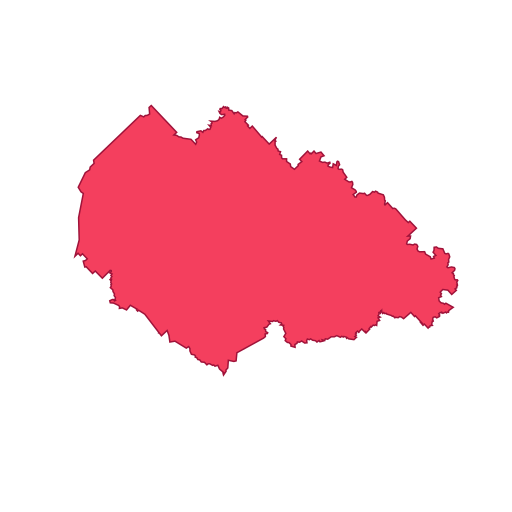 the district of Dubbo, New South Wales, Australia, rotated 308°
{"feature_id": "25037944B69125352721348", "entity_name": "Dubbo", "entity_type": "district", "adm_level": 2, "iso_a3": "AUS", "parent_name": "Australia", "parent_adm1": "New South Wales", "projection": "orthographic", "projection_center": [148.966, -32.475], "detail": "fine", "context": "isolated", "style": "filled", "palette": "rose", "viewbox_px": 512, "rotation_deg": 308, "n_neighbors": 0, "source": "geoboundaries", "source_scale": "gbopen_adm2", "svg_char_len": 6143}
<svg xmlns="http://www.w3.org/2000/svg" viewBox="0 0 512 512"><g transform="rotate(308 256 256)"><path d="M363.6,422.5L363.5,420.9L367.0,421.3L368.5,420.6L369.0,419.4L367.7,416.8L364.9,414.5L364.9,413.1L367.4,412.8L368.6,411.4L369.9,411.7L371.8,409.9L374.6,409.2L376.3,406.7L376.3,405.7L374.7,404.5L374.3,403.1L376.7,398.8L374.3,394.9L374.2,392.6L372.5,391.0L370.1,392.8L368.0,393.2L367.2,397.4L365.0,396.2L364.1,397.8L361.4,395.8L362.7,393.8L361.9,388.5L363.2,386.2L360.0,382.3L359.7,380.6L360.6,378.6L363.2,377.6L364.0,375.5L363.0,373.6L361.4,373.0L359.9,369.9L358.3,368.2L358.3,367.2L361.0,366.0L364.5,366.8L366.9,365.5L365.1,363.4L376.7,365.3L378.1,355.8L376.1,355.4L376.4,351.5L379.2,337.0L378.7,335.4L377.6,334.6L379.0,326.8L375.7,326.2L376.0,325.4L379.1,323.9L379.1,323.1L381.4,321.0L382.6,318.7L380.7,313.5L381.2,312.5L380.7,310.3L379.2,310.0L378.6,308.2L374.8,307.8L372.5,306.7L371.8,305.8L372.3,302.9L371.3,302.2L369.3,298.8L366.1,298.0L364.3,298.7L363.4,297.7L364.2,294.7L368.0,295.8L368.6,295.3L369.1,293.6L368.6,289.2L371.9,288.3L373.5,286.7L373.8,285.6L372.2,284.6L371.5,283.2L371.1,278.7L373.9,279.1L375.7,273.1L377.3,271.2L377.2,270.1L375.4,268.0L375.3,266.9L377.6,265.6L379.4,265.7L381.2,262.9L380.8,261.8L380.0,261.8L376.8,263.5L376.2,260.1L372.9,261.9L371.5,259.3L371.2,257.3L372.4,256.7L374.7,257.2L375.3,256.4L373.0,254.9L372.4,252.5L370.7,250.8L369.9,247.5L374.1,246.2L376.9,247.9L377.9,243.2L373.7,240.2L374.4,237.1L370.7,236.7L370.8,235.9L369.8,235.7L370.5,232.1L359.1,230.8L358.6,234.0L354.1,232.8L353.2,233.7L348.0,232.9L347.8,228.3L349.6,226.4L349.3,221.9L351.4,220.3L348.9,217.0L349.2,215.7L351.1,214.1L350.6,212.1L353.3,211.1L352.4,208.8L353.7,207.5L353.6,206.2L355.1,202.8L357.9,200.6L358.7,200.9L358.8,199.6L362.2,199.0L352.3,197.5L353.9,187.4L353.2,187.3L356.1,173.1L352.8,172.6L353.3,169.3L354.4,169.5L355.0,164.5L356.8,164.4L356.9,163.4L360.4,163.9L360.9,163.2L358.3,159.5L358.4,153.0L356.6,152.3L356.0,151.0L354.6,151.2L355.7,147.4L354.2,144.7L355.8,143.3L355.6,142.0L354.9,142.4L354.1,141.5L354.8,140.3L353.6,139.6L353.7,138.4L351.5,138.5L350.1,137.0L349.3,137.3L349.3,138.6L347.8,139.2L347.2,137.8L346.2,139.8L346.2,141.8L348.4,144.0L347.6,144.8L345.4,144.7L343.1,143.8L343.0,142.0L340.9,142.8L338.9,142.4L336.8,140.8L334.4,137.3L334.5,138.6L333.7,139.5L332.6,139.2L331.2,140.6L330.1,138.5L329.6,141.1L327.4,141.7L326.5,140.6L326.6,139.7L323.7,138.8L322.7,137.6L320.7,138.0L320.7,135.5L317.6,132.9L316.7,133.4L317.5,135.9L316.5,136.9L313.9,138.1L310.4,136.9L309.3,139.1L306.9,139.7L307.9,132.9L303.8,125.8L303.6,123.7L302.4,121.9L302.2,119.2L300.8,116.8L304.6,117.4L310.1,80.8L307.2,80.3L302.4,84.8L299.8,83.7L298.5,82.2L296.5,81.9L295.6,78.3L231.5,69.0L229.3,71.4L224.0,70.6L221.5,71.9L216.6,70.2L200.7,73.6L198.8,78.7L199.0,81.4L177.0,92.6L159.8,106.8L144.3,113.5L148.6,114.1L148.1,117.5L150.9,117.9L149.9,124.8L147.5,124.4L145.6,123.0L141.9,127.9L143.0,128.8L141.6,138.0L145.2,138.6L143.9,148.6L154.9,149.9L155.4,150.9L154.7,151.5L152.7,151.2L153.2,153.6L151.3,153.7L151.1,155.1L149.2,155.2L148.7,156.1L147.6,155.5L147.4,156.1L148.3,156.7L145.8,157.8L145.1,159.4L144.2,159.2L143.2,160.5L141.4,160.7L141.2,164.0L139.9,165.3L139.0,167.8L137.4,168.6L136.8,170.8L135.1,171.6L134.6,172.7L133.5,172.1L134.0,170.6L133.3,169.6L130.7,168.3L129.4,170.0L131.2,172.7L132.5,178.3L132.0,179.8L130.6,180.6L132.8,182.6L133.8,187.2L139.8,187.3L140.9,195.0L140.0,195.0L139.7,196.7L141.0,196.9L141.7,204.2L136.0,226.2L135.4,226.6L135.8,227.1L134.9,230.6L142.6,231.8L139.8,236.3L135.2,241.1L139.0,244.6L140.5,257.8L143.2,258.7L142.4,260.9L140.5,262.4L138.8,265.6L140.2,268.5L140.0,269.7L138.9,270.3L139.4,271.9L138.6,273.9L139.5,275.6L138.8,278.1L140.5,280.8L140.0,284.3L141.5,284.6L142.6,285.9L143.1,289.1L144.1,289.8L143.9,291.5L146.4,293.2L144.5,296.8L144.2,302.3L143.5,302.0L142.2,303.7L146.7,303.4L147.6,302.5L150.4,302.7L156.8,298.4L159.3,303.5L161.1,304.9L168.0,300.5L195.9,312.5L198.3,313.0L200.2,311.2L201.9,312.7L202.8,312.4L202.4,310.1L204.0,308.8L203.7,307.6L204.5,306.5L206.6,308.3L210.2,308.2L211.5,309.0L212.4,305.7L214.6,309.4L215.8,309.6L216.8,311.9L218.2,312.6L217.8,314.8L218.9,317.1L218.3,318.1L216.7,317.7L218.4,320.5L217.2,320.8L216.9,321.9L215.5,322.6L213.4,327.1L209.6,327.6L209.2,330.5L207.3,331.1L207.2,333.9L208.1,335.5L207.8,338.0L206.5,339.0L208.1,343.0L210.2,341.1L212.3,342.1L213.7,341.5L214.9,343.4L217.1,344.3L217.4,348.0L219.0,349.6L220.5,348.0L222.2,347.6L222.9,349.6L224.3,350.0L224.5,352.5L225.9,355.0L225.7,357.0L228.2,357.7L227.7,359.0L228.2,359.6L230.4,361.3L230.8,360.0L231.7,362.2L233.4,361.6L234.6,363.7L238.6,365.0L240.6,367.5L243.0,368.7L243.9,372.5L245.5,373.0L245.9,374.7L246.6,374.7L247.2,375.9L247.7,377.2L247.0,378.0L247.8,378.2L247.8,380.1L250.4,384.7L253.8,385.2L253.4,383.5L255.4,383.8L255.7,382.4L256.9,382.6L257.0,381.9L259.3,382.2L259.0,384.6L259.5,383.7L263.6,384.3L263.1,388.4L263.8,388.5L263.7,389.7L262.4,390.0L268.4,390.6L268.5,389.8L271.1,389.9L271.0,390.6L273.7,390.9L274.2,392.2L275.4,392.6L275.6,393.8L279.1,391.6L281.3,393.1L282.4,390.3L284.3,391.5L284.0,389.0L285.9,388.8L287.0,387.6L287.5,387.7L287.5,389.2L289.4,388.1L289.5,388.7L290.4,388.6L289.3,389.6L288.7,391.2L290.1,391.5L289.8,392.7L291.0,394.1L290.7,394.7L292.5,399.4L292.4,400.5L293.1,401.2L292.8,403.5L293.6,403.7L294.9,406.0L296.7,406.5L297.4,408.2L297.5,410.9L306.9,412.7L305.9,418.2L307.0,418.4L305.4,427.9L304.9,427.0L304.2,430.3L306.0,430.6L305.1,436.0L306.3,435.9L306.9,436.6L308.3,436.1L309.9,437.7L310.3,436.5L312.7,435.3L313.4,435.7L313.5,435.1L314.4,435.2L314.9,434.1L316.7,433.4L318.4,434.6L318.5,436.5L321.3,437.8L321.9,436.9L322.6,437.1L323.1,435.5L325.0,436.0L325.2,437.0L326.1,437.0L325.9,438.5L328.6,440.0L328.4,441.1L329.8,441.5L330.2,442.3L331.7,441.5L337.0,443.0L335.7,434.7L334.0,434.2L334.2,433.0L333.0,430.5L333.4,427.9L335.6,425.6L338.2,427.1L338.8,425.4L340.4,425.4L340.9,423.4L344.6,423.8L347.2,428.2L346.2,433.9L352.3,435.0L352.6,433.1L354.6,433.8L355.3,433.0L356.6,433.0L356.8,432.1L357.4,432.3L359.1,430.2L360.9,430.1L361.2,429.3L359.9,427.7L360.0,426.8L361.5,424.7L362.7,424.3L362.8,423.1L363.6,422.5Z" fill="#f43f5e" stroke="#9f1239" stroke-width="1.5"/></g></svg>